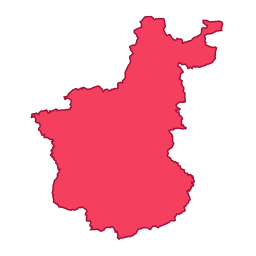 the district of Meiktila, Mandalay, Myanmar, rotated 269°
{"feature_id": "60261553B62690814577767", "entity_name": "Meiktila", "entity_type": "district", "adm_level": 2, "iso_a3": "MMR", "parent_name": "Myanmar", "parent_adm1": "Mandalay", "projection": "mercator", "projection_center": [96.117, 20.958], "detail": "fine", "context": "isolated", "style": "filled", "palette": "rose", "viewbox_px": 256, "rotation_deg": 269, "n_neighbors": 0, "source": "geoboundaries", "source_scale": "gbopen_adm2", "svg_char_len": 5802}
<svg xmlns="http://www.w3.org/2000/svg" viewBox="0 0 256 256"><g transform="rotate(269 128 128)"><path d="M44.2,183.5L44.9,183.7L48.0,182.6L48.8,184.2L51.6,186.0L52.1,187.0L54.9,188.0L55.2,188.8L57.7,188.4L59.9,187.2L60.8,187.4L61.9,186.9L62.4,186.1L63.8,185.9L64.3,186.2L63.9,187.1L64.8,187.8L64.3,188.1L64.9,188.2L64.9,188.9L65.7,188.9L65.9,189.7L66.9,189.8L67.3,190.4L68.5,190.5L69.2,192.5L70.0,192.5L71.4,190.9L72.5,190.9L72.1,191.4L72.1,192.7L73.3,193.3L76.9,192.1L76.9,191.0L77.6,192.3L79.0,191.7L78.9,190.7L80.0,190.3L80.3,189.3L79.8,187.3L80.9,187.2L81.7,186.3L81.8,184.6L83.5,183.4L85.0,183.6L86.3,180.2L89.0,179.6L89.2,178.6L90.5,177.2L92.0,177.5L92.5,175.6L93.3,175.2L93.5,172.7L94.4,172.2L94.7,170.9L97.0,170.0L99.0,167.1L100.5,167.0L102.0,167.9L103.9,167.1L105.2,167.5L105.7,168.7L106.7,169.5L107.4,171.2L111.0,173.3L112.2,173.4L113.4,172.3L119.0,172.5L119.2,171.9L120.4,171.9L123.3,169.4L124.1,169.6L124.7,169.0L125.4,170.9L125.4,173.3L126.5,173.8L126.1,174.1L126.8,174.8L126.6,176.2L127.1,177.5L126.1,183.0L126.5,184.7L126.2,185.6L126.9,186.1L127.5,185.9L128.0,184.2L130.2,183.0L130.4,182.5L129.7,181.8L130.8,181.4L135.3,181.7L136.2,182.7L138.9,181.3L139.7,179.6L143.2,179.1L143.1,177.3L144.4,176.1L145.2,176.3L145.1,179.6L146.2,180.4L147.8,177.3L150.3,176.5L153.0,179.9L152.7,182.3L153.3,183.8L152.8,184.1L153.1,185.5L153.7,185.7L160.1,185.3L161.6,185.6L163.9,183.8L166.1,184.5L167.7,184.4L168.9,183.1L170.3,182.8L170.8,182.1L174.2,183.0L176.0,180.3L176.7,180.8L181.4,181.6L183.0,184.2L188.2,180.8L188.9,179.0L192.1,179.6L191.8,181.9L190.4,183.0L190.8,186.5L188.5,188.3L186.5,189.0L186.6,190.0L187.7,191.6L186.3,193.2L188.7,194.7L188.6,195.4L187.4,196.8L188.5,197.6L187.4,200.2L187.5,201.0L188.2,202.2L189.3,206.7L190.4,207.8L190.4,209.3L192.0,213.3L193.1,214.3L194.2,214.7L195.5,216.3L196.6,216.7L198.3,216.0L199.4,216.7L202.4,216.6L206.5,217.9L207.3,217.0L207.1,213.2L209.8,207.1L210.7,206.9L211.9,207.4L213.7,206.2L216.2,207.0L219.0,205.8L220.5,208.6L221.0,213.4L223.4,218.2L223.9,223.5L225.8,223.1L227.3,223.8L228.3,223.4L230.5,224.4L231.3,224.2L232.6,223.1L233.2,221.0L232.6,211.7L234.1,208.7L234.4,205.0L232.0,205.0L229.5,207.9L229.3,209.1L227.3,208.9L226.2,206.6L226.8,205.8L226.6,204.0L225.7,203.4L222.1,203.1L220.8,202.6L219.8,201.5L219.0,199.7L218.4,199.4L217.2,195.5L216.0,194.0L214.4,193.0L213.8,189.8L212.5,186.8L212.9,186.2L212.5,185.1L211.8,184.7L211.9,183.9L214.9,183.8L216.1,182.4L216.2,181.7L215.7,180.8L216.8,178.7L215.3,178.0L214.9,176.6L216.7,173.8L220.5,171.7L220.7,171.0L219.6,168.4L223.4,166.2L226.3,165.2L228.8,167.1L235.0,166.2L236.7,165.5L236.8,160.4L236.4,159.3L236.8,157.5L235.8,156.3L236.4,155.5L237.5,155.1L238.9,153.4L239.0,148.5L238.6,146.6L235.4,144.1L233.8,141.9L232.6,143.1L231.3,143.5L229.6,143.0L228.5,143.3L227.2,139.2L225.4,135.9L223.1,136.0L221.2,138.2L219.6,138.5L217.5,139.9L215.8,138.5L212.3,137.6L210.7,136.6L210.8,134.7L209.5,131.3L208.6,131.1L207.1,132.1L206.1,131.9L204.8,133.1L202.4,134.3L201.8,134.2L201.2,132.9L200.2,132.4L200.1,131.4L198.5,130.8L195.5,131.7L192.6,131.2L190.7,129.6L183.6,126.1L179.7,126.2L177.6,125.8L175.4,123.5L173.2,123.3L173.8,121.8L173.6,120.0L172.9,118.8L171.8,118.3L168.7,118.8L167.7,118.0L167.6,114.8L166.9,113.7L166.9,112.1L165.7,110.7L165.4,109.8L167.1,108.0L167.1,107.0L166.4,105.3L164.8,104.0L167.9,102.4L168.1,101.7L170.1,100.2L170.5,98.8L168.9,93.5L167.6,91.6L167.8,90.4L167.2,88.6L169.4,84.2L168.9,83.2L168.0,83.3L168.1,82.1L168.7,81.9L167.0,78.6L168.1,77.4L168.1,76.2L166.9,73.3L164.0,70.3L163.6,69.4L161.2,68.2L160.6,67.2L160.1,64.7L157.8,65.5L157.8,66.1L158.8,66.6L158.7,69.0L157.3,71.1L156.1,71.9L154.7,71.8L152.4,70.4L151.9,71.2L149.5,71.7L149.3,71.0L147.6,70.4L148.0,69.5L147.1,67.4L147.5,66.8L146.9,63.8L147.3,62.6L146.7,59.6L146.8,57.5L147.6,57.6L148.1,56.3L146.2,52.3L146.3,50.3L145.5,51.0L145.2,50.5L145.6,49.8L144.4,49.4L144.2,48.5L145.6,47.7L146.3,47.7L147.5,46.8L146.7,45.9L147.0,45.1L146.3,43.4L146.5,41.8L146.1,40.8L144.6,39.4L143.2,39.1L144.0,38.4L143.8,37.2L144.5,36.7L143.9,35.6L143.6,32.3L140.3,31.6L140.5,33.0L141.2,33.4L140.7,34.5L141.4,34.9L138.5,35.9L136.0,35.6L135.0,36.5L134.7,38.8L134.2,39.8L133.4,39.6L132.4,40.3L130.6,40.0L129.1,38.7L127.6,38.6L126.8,40.2L122.2,42.0L123.0,44.3L120.0,44.0L119.8,47.4L118.0,49.6L117.8,52.5L116.4,53.2L116.4,52.2L115.6,51.3L115.0,52.0L113.9,51.7L111.5,54.0L110.5,53.6L110.5,52.8L109.9,52.4L109.1,52.8L108.1,52.4L107.8,51.5L106.7,50.8L106.7,51.6L105.6,51.5L104.3,52.2L104.1,51.3L103.0,51.4L103.1,50.6L102.5,50.0L101.9,50.2L101.7,51.2L100.4,51.5L100.3,52.6L100.9,53.1L99.3,52.7L98.9,53.5L97.7,53.4L96.2,55.3L94.1,55.3L92.9,56.6L87.6,57.6L88.2,59.0L87.6,59.3L84.7,57.9L83.5,56.8L82.2,56.5L81.6,57.1L80.1,56.4L78.2,55.3L77.0,53.6L72.4,52.5L72.0,52.1L68.3,52.1L63.9,51.1L62.3,52.3L61.5,51.7L56.2,52.6L55.4,52.1L52.9,55.6L53.3,56.0L50.2,57.7L50.7,58.9L49.9,59.4L49.9,61.6L49.2,62.4L48.8,64.4L47.8,65.6L46.8,69.4L47.7,71.5L46.9,72.7L47.0,73.6L47.9,76.0L48.9,76.9L49.4,78.1L49.1,79.4L49.9,80.5L47.2,84.9L45.0,85.4L43.4,84.1L42.5,83.9L41.9,84.0L41.4,85.2L36.8,84.8L35.8,85.1L35.6,88.8L35.2,89.1L32.9,89.1L32.3,88.4L30.9,88.3L29.6,89.6L29.7,90.5L29.2,90.5L27.0,88.9L27.2,95.2L27.6,95.9L26.0,97.7L25.3,99.3L26.7,102.5L28.6,103.7L29.1,106.3L28.7,109.1L29.5,109.4L29.9,110.4L26.9,113.0L26.0,112.8L25.0,113.6L24.5,113.5L24.8,114.0L24.4,114.0L23.7,115.2L24.5,115.3L24.4,115.7L22.7,115.6L21.0,116.3L20.5,115.8L18.7,115.6L17.0,117.0L18.2,118.2L18.1,120.2L19.5,126.6L19.4,128.7L20.1,129.5L20.4,130.9L23.1,134.7L24.5,135.0L26.9,136.9L26.9,138.8L28.0,141.4L28.0,145.5L26.2,148.1L26.2,148.8L28.1,149.9L29.5,151.4L29.2,154.3L27.8,156.2L29.1,157.9L31.8,165.3L32.4,165.5L32.7,167.3L34.0,168.4L34.7,170.0L34.3,172.6L34.9,173.5L38.6,173.3L39.2,174.3L41.0,175.1L41.1,178.0L41.9,179.7L43.2,181.1L44.2,183.5Z" fill="#f43f5e" stroke="#9f1239" stroke-width="1.5"/></g></svg>